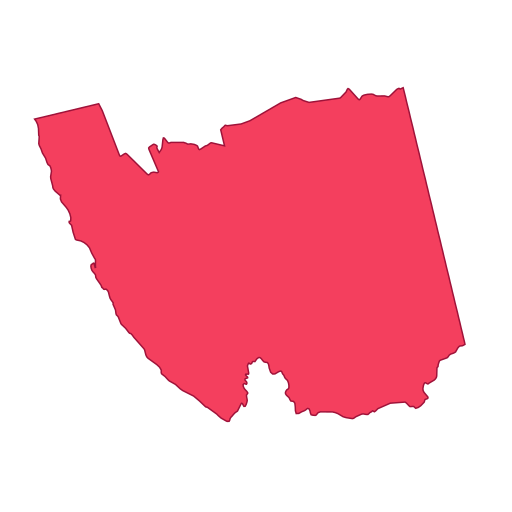 the border of Karas, rotated 346°
{"feature_id": "NAM-3338", "entity_name": "Karas", "entity_type": "Region", "adm_level": 1, "iso_a3": "NAM", "parent_name": "Namibia", "parent_adm1": "", "projection": "equal_earth", "projection_center": [17.311, -26.98], "detail": "fine", "context": "isolated", "style": "filled", "palette": "rose", "viewbox_px": 512, "rotation_deg": 346, "n_neighbors": 0, "source": "natural_earth", "source_scale": "10m", "svg_char_len": 6051}
<svg xmlns="http://www.w3.org/2000/svg" viewBox="0 0 512 512"><g transform="rotate(346 256 256)"><path d="M245.8,375.0L243.6,374.5L242.1,372.3L241.7,367.9L241.9,365.8L241.9,363.7L241.3,362.1L239.5,361.4L238.2,360.7L237.2,359.0L236.4,357.1L235.5,355.7L234.7,355.3L234.0,355.2L232.6,355.7L231.8,356.1L229.4,358.2L227.6,357.6L226.8,357.9L225.8,359.2L224.9,359.5L224.2,359.4L223.5,358.4L223.0,358.2L222.5,358.6L221.3,360.2L221.1,360.5L220.6,367.9L220.1,368.8L219.8,368.8L219.4,368.5L218.2,368.5L217.9,368.2L217.7,368.1L217.2,368.5L217.1,369.1L217.3,369.5L218.5,371.4L218.5,372.1L217.5,372.4L216.0,372.4L215.6,372.7L215.3,373.6L215.5,374.3L216.1,375.2L216.5,376.3L216.3,377.5L215.7,378.1L215.0,377.8L214.3,377.2L213.7,376.9L212.4,377.6L212.1,379.3L212.4,381.2L212.9,382.6L214.4,385.3L214.9,387.0L214.1,387.8L213.1,388.6L212.8,390.5L212.7,392.6L212.5,394.2L211.7,395.8L210.5,397.7L209.1,399.2L207.9,399.0L207.6,398.1L207.4,397.0L207.1,395.9L206.5,395.4L205.8,395.8L200.5,402.0L197.8,403.0L195.9,404.2L194.0,405.6L192.8,406.3L191.5,407.5L190.8,408.9L189.9,409.9L188.0,409.5L187.2,408.9L182.9,404.8L180.8,401.8L179.7,399.9L172.2,391.0L170.9,390.4L170.4,389.8L166.1,383.0L161.6,376.8L152.3,368.8L150.4,366.6L146.8,361.1L141.7,356.3L140.8,355.0L138.6,350.9L136.3,348.0L135.9,347.4L135.8,346.3L136.3,344.4L136.4,343.5L135.5,340.5L133.5,337.4L126.5,329.1L125.6,327.4L125.2,325.2L125.2,320.3L125.1,319.6L124.6,318.4L117.9,305.5L116.7,302.5L115.8,301.0L114.7,300.4L114.1,299.5L112.0,294.6L109.1,290.1L108.6,289.1L107.6,281.7L107.2,280.8L106.8,280.1L106.3,279.4L106.2,278.2L106.6,274.3L105.6,268.2L106.1,266.9L104.7,263.4L104.2,261.6L104.1,259.5L104.1,255.5L103.7,253.7L102.6,252.0L102.1,251.8L100.8,251.7L100.2,251.4L100.0,251.0L99.5,250.0L99.0,249.1L98.8,249.1L98.6,247.0L98.0,245.3L95.8,239.6L95.4,238.0L95.7,235.4L94.9,233.6L93.9,231.7L93.3,230.1L93.1,227.9L93.3,226.0L93.9,224.7L94.9,224.2L95.7,224.0L96.4,223.6L96.9,223.7L97.1,224.6L97.1,228.2L97.6,228.2L97.9,226.3L99.2,221.4L99.3,220.4L98.8,219.1L97.3,213.4L96.4,207.7L94.7,204.2L92.4,201.3L89.7,199.0L85.5,196.9L84.8,196.1L84.3,188.7L84.5,181.6L83.0,179.0L82.8,178.3L83.1,177.2L83.5,177.2L84.0,177.4L84.7,177.0L85.6,174.0L85.6,170.0L84.8,165.9L83.6,162.8L80.4,156.4L80.0,153.3L81.1,149.8L80.6,149.8L76.9,144.6L75.7,142.0L75.5,140.9L75.5,140.1L75.7,138.8L75.6,131.3L75.9,129.4L78.0,124.4L78.2,122.9L78.2,120.7L77.9,118.8L76.3,116.9L75.8,114.5L75.5,110.2L73.7,104.4L73.3,100.0L72.5,96.5L72.4,94.5L74.6,87.5L74.4,86.3L75.8,79.6L76.0,75.7L75.3,72.1L74.3,69.6L74.5,69.6L140.2,70.2L142.0,77.8L147.8,124.6L148.0,125.6L148.4,126.3L149.0,126.4L149.8,126.2L152.5,125.2L153.4,125.0L154.3,124.9L155.1,125.6L155.8,126.6L170.2,150.2L171.1,151.2L172.1,151.1L173.0,150.7L173.9,150.0L175.3,149.8L177.1,149.9L180.3,151.3L181.3,151.1L181.8,150.6L178.0,127.0L177.9,126.0L178.0,125.2L178.6,124.7L179.3,124.3L182.9,123.0L183.8,122.8L184.6,123.2L185.3,123.8L186.0,124.5L186.5,125.2L186.6,125.6L186.2,126.3L186.0,126.9L186.0,127.8L187.1,132.2L190.0,129.6L191.2,127.7L193.8,120.6L194.7,119.0L195.3,119.2L195.9,120.1L197.6,124.0L198.2,125.0L198.7,125.3L199.7,125.4L200.9,125.2L213.4,128.3L213.9,128.8L215.1,129.4L216.9,131.0L219.9,131.4L223.1,132.8L225.1,134.3L225.8,135.1L226.0,136.3L226.1,137.5L226.3,138.5L226.8,139.1L228.1,138.9L233.4,137.0L235.5,136.9L239.3,135.3L240.3,135.4L252.1,141.5L252.3,125.0L253.9,123.8L256.0,122.8L257.2,122.0L257.7,121.7L258.2,121.8L258.9,122.3L259.9,122.7L273.5,124.3L282.8,123.3L317.0,113.4L332.9,111.8L337.7,114.9L339.3,116.5L344.6,119.8L375.5,123.1L376.6,122.7L383.1,118.6L384.6,116.7L385.1,116.2L385.8,115.8L386.4,116.3L386.9,116.8L393.0,128.3L393.7,129.2L394.3,129.4L395.1,128.9L397.3,126.8L397.9,126.4L399.8,126.0L403.2,126.1L407.1,126.8L408.8,127.5L410.5,129.1L411.6,129.8L412.7,130.2L419.5,131.8L422.5,133.4L423.4,133.6L424.9,133.0L432.8,128.4L433.9,128.1L435.3,127.9L436.3,128.9L439.5,128.3L439.5,132.4L439.5,137.7L439.4,143.0L439.4,148.3L439.4,153.6L439.3,159.0L439.3,164.3L439.3,169.6L439.2,174.9L439.2,180.2L439.1,185.5L439.1,190.8L439.1,196.1L439.0,201.4L439.0,206.7L438.9,212.0L438.9,217.2L438.9,222.5L438.8,227.8L438.8,233.1L438.7,238.4L438.7,243.7L438.7,249.0L438.6,254.2L438.6,259.5L438.5,264.8L438.5,270.1L438.4,275.3L438.4,280.6L438.4,285.9L438.3,291.2L438.3,296.4L438.2,301.7L438.2,307.0L438.1,312.2L438.1,317.5L438.1,322.8L438.0,328.0L438.0,333.3L437.9,338.5L437.9,343.8L437.8,349.1L437.8,354.3L437.8,359.6L437.7,364.8L437.7,370.1L437.6,375.3L437.6,380.6L437.5,385.8L437.5,389.5L437.4,392.3L435.2,392.9L434.5,393.0L432.2,392.7L431.4,392.8L429.6,394.0L426.4,397.4L424.4,398.0L421.0,398.3L419.4,399.0L418.0,400.3L416.8,401.0L409.8,401.7L409.1,401.9L408.4,402.4L408.0,403.1L407.5,403.8L406.9,404.8L406.5,405.5L405.9,407.2L405.5,407.6L404.8,407.9L404.4,408.7L402.3,416.2L401.6,417.5L400.3,418.7L398.9,419.5L393.2,421.2L392.2,421.7L391.5,421.6L389.8,420.0L388.8,420.0L387.9,421.0L387.1,422.2L385.9,424.9L385.6,426.8L386.0,428.9L388.6,434.2L388.6,435.3L387.7,435.9L385.4,436.1L385.0,436.5L384.2,437.9L383.7,438.6L379.7,441.1L376.8,442.2L374.1,442.4L372.9,440.6L372.6,440.2L371.8,439.9L369.4,439.5L368.9,439.3L368.2,438.3L366.4,435.1L365.3,433.8L350.7,431.3L337.3,433.6L334.7,435.2L333.2,435.8L332.9,435.6L332.1,434.7L331.7,434.4L331.4,434.5L330.7,435.0L330.4,435.1L329.0,435.4L328.2,435.7L327.7,436.1L326.3,436.8L324.6,436.4L321.7,435.1L320.1,435.0L314.0,436.1L311.5,437.1L310.2,437.1L304.3,434.6L301.6,433.0L297.4,428.8L295.0,427.1L292.5,425.8L280.8,422.8L278.6,423.0L277.8,423.4L276.4,424.5L275.8,424.9L274.9,425.0L272.6,424.2L271.1,423.4L270.8,421.5L270.9,419.2L270.5,417.2L269.4,416.4L268.2,416.7L266.9,417.4L265.5,417.8L262.6,418.2L259.5,419.1L256.9,418.6L256.8,415.8L257.6,411.9L258.1,408.3L257.3,406.2L254.7,405.1L254.2,403.5L253.8,401.4L251.9,398.5L251.3,396.8L251.6,395.4L252.5,394.2L253.7,393.2L254.9,392.9L256.0,391.9L256.6,389.7L256.8,387.2L256.6,385.2L256.3,384.1L255.2,382.4L254.7,381.4L254.4,380.2L254.3,379.3L254.1,378.3L253.5,377.2L253.2,376.3L253.1,375.1L252.8,374.1L252.1,373.6L250.2,373.7L245.8,375.0Z" fill="#f43f5e" stroke="#9f1239" stroke-width="1.5"/></g></svg>